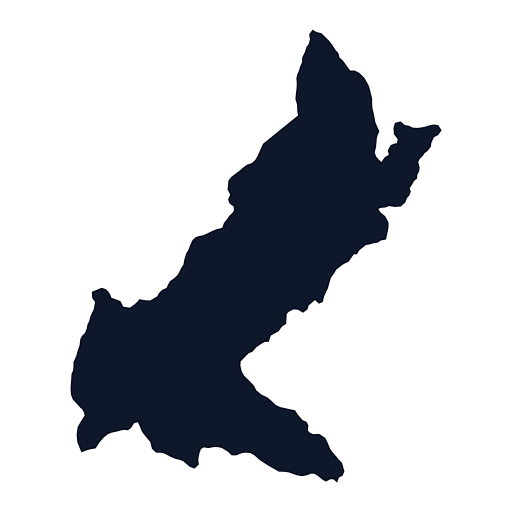 outline of Santo Anastácio, São Paulo, Brazil
{"feature_id": "56859067B41662494017714", "entity_name": "Santo Anastácio", "entity_type": "district", "adm_level": 2, "iso_a3": "BRA", "parent_name": "Brazil", "parent_adm1": "São Paulo", "projection": "orthographic", "projection_center": [-51.711, -22.014], "detail": "fine", "context": "isolated", "style": "filled", "palette": "ink", "viewbox_px": 512, "rotation_deg": 0, "n_neighbors": 0, "source": "geoboundaries", "source_scale": "gbopen_adm2", "svg_char_len": 4160}
<svg xmlns="http://www.w3.org/2000/svg" viewBox="0 0 512 512"><path d="M81.8,451.3L86.5,449.6L90.3,448.5L95.2,447.7L97.7,443.6L100.0,440.6L103.2,437.0L107.2,433.7L111.5,431.9L117.2,430.7L120.9,429.6L124.1,429.1L127.7,429.5L130.5,427.4L133.6,422.5L138.2,421.3L140.2,425.3L142.7,431.5L146.9,436.8L151.0,441.6L152.6,448.4L156.4,451.9L161.3,452.0L165.1,453.0L170.5,455.9L175.0,457.9L179.8,459.1L183.4,460.4L186.6,463.1L190.2,466.2L194.4,467.7L198.0,464.2L197.5,459.1L198.7,452.9L200.3,448.6L203.4,446.6L208.4,447.3L214.0,446.3L217.7,446.3L221.9,447.2L228.3,451.0L231.9,454.6L236.0,454.6L241.9,452.3L245.7,451.9L250.4,452.3L254.5,454.4L260.1,459.4L268.2,464.7L279.1,470.9L285.2,471.1L289.0,471.7L292.1,472.8L297.0,474.5L301.7,475.4L306.7,474.5L311.1,472.8L314.6,473.1L318.3,475.3L323.1,479.2L326.1,480.7L329.9,478.5L333.9,478.6L336.8,481.3L338.4,476.8L341.9,475.3L343.6,471.3L341.4,463.4L338.4,460.2L335.6,456.8L331.5,452.1L329.6,449.4L326.6,442.2L324.7,438.4L319.0,434.7L312.7,434.9L309.4,433.3L307.1,430.8L307.6,425.5L305.9,422.3L302.1,420.8L297.1,414.9L294.6,411.0L289.0,409.8L280.0,407.8L275.4,405.7L270.9,401.4L267.2,398.2L261.0,395.2L255.6,390.7L253.4,386.2L248.8,381.3L243.6,376.3L241.0,371.7L239.6,365.4L240.0,361.0L243.4,357.5L248.1,352.7L252.1,351.0L255.8,346.7L260.3,343.6L264.5,341.1L268.2,341.1L270.1,335.1L274.6,332.6L278.1,330.7L281.3,326.1L285.5,323.3L285.9,313.8L288.1,311.3L293.1,308.6L298.2,309.0L303.0,311.8L306.7,309.1L307.9,305.2L314.9,299.0L319.1,302.8L322.3,301.3L323.3,296.3L325.5,291.5L327.2,288.1L328.7,282.5L330.3,277.2L333.3,273.3L335.6,269.2L342.0,264.2L344.9,262.6L348.1,261.1L350.2,258.1L353.3,253.6L356.5,253.5L358.7,249.8L363.1,246.3L365.7,244.3L369.7,243.6L373.3,242.5L377.3,242.0L380.4,239.8L385.4,238.9L387.0,231.4L387.8,226.7L387.7,222.4L384.5,216.6L379.8,212.8L377.2,208.5L380.7,207.1L384.8,206.8L389.2,205.3L394.5,206.2L400.4,205.8L404.6,202.1L406.3,197.6L408.7,195.0L410.0,191.6L408.8,188.2L411.5,184.1L413.5,180.4L416.4,178.1L416.6,174.4L418.5,170.9L418.9,167.4L417.4,161.8L419.2,158.3L422.0,155.7L424.0,152.7L427.1,150.3L430.1,146.5L430.6,142.7L433.4,136.6L437.7,134.5L440.7,130.2L437.7,125.8L433.7,125.3L430.5,125.8L425.6,127.4L420.8,128.3L416.5,128.7L412.2,128.3L408.5,126.4L404.2,125.7L400.5,122.2L395.6,123.5L394.2,127.9L394.7,133.9L398.5,139.0L397.6,143.8L394.0,144.5L391.0,145.9L388.5,150.8L389.8,154.9L384.9,158.1L381.6,163.4L377.8,159.6L375.4,156.8L373.9,152.6L375.2,147.4L375.7,142.5L376.0,138.7L376.8,135.2L378.5,131.2L376.1,126.0L374.5,122.0L373.8,117.5L372.9,113.2L371.9,109.3L371.4,104.5L371.4,98.7L370.0,93.3L368.8,88.2L367.5,84.8L365.6,81.6L363.9,78.4L359.0,73.6L354.5,71.3L349.8,71.3L346.3,66.6L342.5,61.3L338.7,57.7L337.7,53.4L335.0,50.6L331.5,45.1L328.1,40.8L324.7,37.6L321.1,33.9L316.3,32.8L312.8,30.7L310.0,34.3L310.7,39.5L309.3,44.6L307.1,47.3L305.7,52.1L303.0,57.6L302.8,62.5L300.8,66.8L299.6,71.1L298.1,74.4L297.1,78.2L297.5,82.6L297.4,87.6L296.6,94.0L296.2,99.2L297.8,104.3L297.9,108.3L298.1,111.8L299.0,115.6L263.6,144.3L258.6,155.5L256.0,160.3L252.4,163.7L247.3,165.4L243.3,168.4L239.7,171.6L236.1,174.2L231.9,177.4L229.1,181.0L228.9,184.9L228.3,189.2L231.0,194.6L228.9,199.5L230.2,203.2L234.4,206.1L234.7,210.9L232.7,213.7L230.0,216.1L227.9,219.2L224.8,223.0L222.7,228.5L219.5,229.3L216.4,230.0L212.2,231.9L207.0,234.4L202.9,236.1L199.0,236.8L195.7,238.1L193.1,240.6L190.8,245.6L188.9,250.6L187.0,253.5L185.9,257.0L184.9,260.3L184.2,264.9L181.9,268.2L180.4,271.6L178.3,275.3L174.6,278.9L170.5,281.7L168.6,285.2L167.1,288.5L162.8,290.4L159.6,293.4L157.9,296.8L153.9,299.2L150.4,301.3L144.3,300.9L139.7,300.0L137.6,302.6L134.7,305.2L130.0,308.5L122.7,307.3L119.9,301.7L114.3,299.6L110.7,298.3L109.5,294.9L107.8,292.1L105.3,289.7L101.6,288.6L96.4,290.8L92.6,292.3L92.9,297.8L95.9,301.8L94.5,309.4L92.6,313.3L90.9,317.4L90.0,321.2L88.1,325.0L87.4,329.0L85.5,333.5L82.6,336.3L81.0,339.5L80.3,345.6L78.5,350.6L77.0,356.2L74.2,362.3L74.2,366.4L73.8,370.7L72.3,374.0L72.0,378.7L71.6,383.5L71.3,388.9L71.8,394.8L73.5,399.1L77.5,403.4L80.3,406.6L82.8,408.8L84.7,412.2L85.4,415.8L81.1,422.5L78.3,427.4L77.4,434.8L78.0,441.8L80.2,447.3L81.8,451.3Z" fill="#0f172a" stroke="#020617" stroke-width="1.5"/></svg>